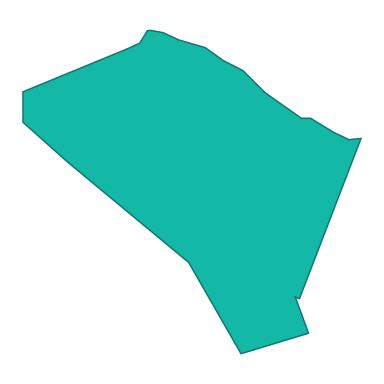 Mount Pleasant, Castries, Saint Lucia (orthographic projection)
{"feature_id": "8701671B94814187921498", "entity_name": "Mount Pleasant", "entity_type": "district", "adm_level": 2, "iso_a3": "LCA", "parent_name": "Saint Lucia", "parent_adm1": "Castries", "projection": "orthographic", "projection_center": [-60.985, 14.015], "detail": "fine", "context": "isolated", "style": "filled", "palette": "teal", "viewbox_px": 384, "rotation_deg": 0, "n_neighbors": 0, "source": "geoboundaries", "source_scale": "gbopen_adm2", "svg_char_len": 430}
<svg xmlns="http://www.w3.org/2000/svg" viewBox="0 0 384 384"><path d="M357.9,138.8L349.1,139.7L333.8,132.5L310.7,118.3L301.4,118.3L265.3,92.9L243.0,70.7L223.0,60.4L205.3,47.7L178.4,39.8L163.0,32.6L149.9,30.3L147.3,30.8L139.9,43.0L128.1,48.5L23.0,91.8L23.0,122.3L67.4,161.9L173.5,249.9L188.8,262.6L241.0,353.7L308.5,333.2L295.3,297.0L299.5,298.6L361.0,138.5L357.9,138.8Z" fill="#14b8a6" stroke="#0f766e" stroke-width="1.5"/></svg>